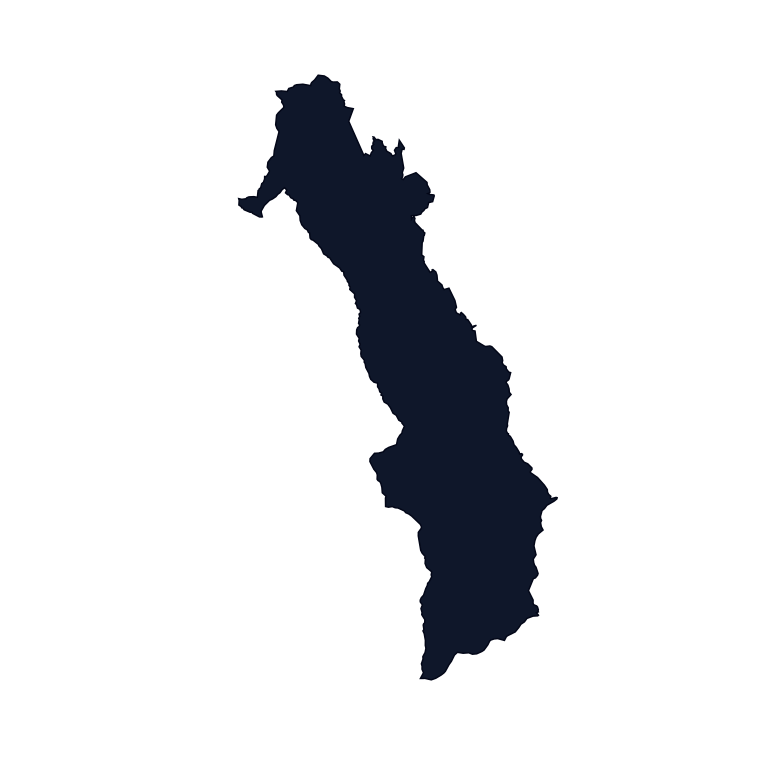 outline of Izvoarele, Prahova, Romania, rotated 217°
{"feature_id": "2599482B60972398280668", "entity_name": "Izvoarele", "entity_type": "district", "adm_level": 2, "iso_a3": "ROU", "parent_name": "Romania", "parent_adm1": "Prahova", "projection": "mercator", "projection_center": [25.925, 45.31], "detail": "fine", "context": "isolated", "style": "filled", "palette": "ink", "viewbox_px": 768, "rotation_deg": 217, "n_neighbors": 0, "source": "geoboundaries", "source_scale": "gbopen_adm2", "svg_char_len": 6171}
<svg xmlns="http://www.w3.org/2000/svg" viewBox="0 0 768 768"><g transform="rotate(217 384 384)"><path d="M622.4,591.0L622.4,585.1L623.2,581.2L622.9,579.6L622.1,578.2L629.2,574.6L633.9,570.4L635.2,568.4L635.1,566.6L637.9,562.7L637.3,559.4L642.3,556.3L646.5,552.6L645.1,552.1L644.4,550.9L643.0,550.1L636.4,549.5L635.3,547.5L632.3,546.4L630.7,545.0L630.5,544.2L631.6,537.1L631.6,534.1L626.5,525.8L623.4,523.7L619.7,522.4L612.1,504.4L609.2,499.8L610.2,497.1L610.2,491.3L607.7,486.9L603.8,485.3L603.3,484.4L602.8,479.9L603.2,478.5L604.2,477.9L602.7,475.8L601.7,472.5L602.2,470.4L600.5,466.3L601.1,465.0L600.7,463.7L601.0,462.8L597.5,456.9L600.7,455.3L604.5,452.1L605.6,450.3L605.8,448.8L608.7,445.9L611.6,444.6L610.2,443.5L607.6,439.6L604.7,439.8L603.8,439.1L602.7,439.6L600.5,439.0L594.3,440.6L592.9,441.8L591.8,441.2L584.0,442.5L581.9,444.0L581.7,444.3L585.6,447.4L586.2,448.5L587.0,454.6L586.0,461.7L584.4,464.7L583.1,468.6L583.0,471.6L582.2,474.2L582.3,478.0L581.5,480.9L578.4,480.4L577.7,477.4L575.0,477.2L573.5,477.8L570.6,476.7L568.0,477.2L566.7,476.6L565.0,477.4L562.0,477.0L558.3,469.7L552.4,467.7L549.4,464.2L545.5,461.7L540.9,460.6L537.9,460.9L535.6,459.6L534.2,459.8L530.9,456.1L529.0,455.6L527.1,456.2L520.5,456.0L519.0,455.1L515.5,454.5L510.5,451.6L506.9,452.0L504.9,451.5L503.4,452.1L496.6,449.7L489.3,450.0L485.6,448.7L483.8,449.4L481.4,446.8L476.0,444.9L475.3,444.1L472.4,443.2L471.2,441.6L469.5,441.2L468.2,438.9L461.7,438.3L459.7,435.5L456.1,434.0L455.2,431.0L453.9,431.0L450.9,428.7L448.2,429.1L446.3,427.7L445.7,426.8L446.0,424.8L444.0,423.3L443.7,421.2L442.5,420.5L440.8,417.1L439.0,416.5L438.4,414.9L439.0,413.2L438.4,410.8L436.0,407.3L431.2,405.5L430.2,403.1L427.0,401.4L426.3,398.7L422.7,397.4L420.7,394.2L418.8,392.3L414.1,391.2L412.9,389.5L411.4,389.0L408.4,386.2L402.4,383.4L400.1,381.3L397.4,379.8L393.1,379.4L389.6,380.8L387.4,377.9L385.2,377.2L382.6,375.2L380.4,375.3L379.8,373.4L377.7,373.7L376.0,371.4L373.0,369.7L368.8,370.2L364.6,368.9L359.2,366.1L355.4,366.4L350.4,364.0L346.8,364.4L346.2,363.6L342.3,362.6L341.2,357.8L340.1,355.4L340.5,352.6L340.0,348.3L337.5,343.1L342.0,336.3L343.6,332.6L343.8,329.3L346.8,325.5L349.9,322.9L350.2,316.0L348.6,313.6L340.7,309.8L336.6,308.8L334.6,307.3L332.2,303.8L330.8,303.3L328.4,303.5L326.7,302.7L323.5,300.2L319.9,296.1L314.8,295.6L314.2,293.8L309.0,287.1L306.3,288.3L303.6,291.1L300.6,291.9L298.2,293.4L291.3,294.9L289.3,294.3L286.1,295.1L282.5,295.2L270.7,293.8L268.7,292.9L267.4,291.4L267.3,286.2L265.2,283.3L254.6,273.3L251.8,271.9L247.0,270.9L246.8,269.5L245.5,269.0L243.2,265.4L239.4,263.1L232.8,262.7L231.5,260.0L229.9,258.8L228.9,253.3L229.2,251.1L228.2,249.3L227.5,245.7L225.3,239.2L225.6,235.9L225.0,233.2L223.9,231.8L220.4,230.7L219.3,226.9L216.1,224.4L215.0,222.5L209.6,220.4L207.8,217.9L208.0,216.3L207.6,215.1L204.4,211.9L204.3,210.3L201.6,208.8L196.7,204.2L193.7,200.1L191.5,198.2L189.6,194.3L188.9,189.7L187.3,187.8L185.7,183.0L183.8,181.6L182.0,179.1L178.7,177.2L177.7,170.8L174.0,173.6L168.2,176.2L165.6,180.1L163.2,186.0L162.3,189.2L162.1,191.5L163.2,199.0L163.3,203.1L164.6,209.9L163.9,213.9L158.8,216.6L154.5,220.4L150.8,221.4L147.6,224.3L144.9,229.2L144.0,231.7L144.1,238.2L144.9,242.2L144.6,243.8L142.7,246.6L140.0,249.1L133.5,251.7L134.2,255.7L133.9,257.2L130.0,265.0L129.8,270.7L130.1,274.5L128.7,278.6L128.8,282.8L125.3,288.3L121.7,291.4L121.5,292.3L124.6,293.1L123.6,294.9L124.3,295.2L124.9,296.6L127.2,298.3L128.5,298.6L131.7,297.8L133.1,298.7L134.9,301.2L144.3,305.9L147.6,318.4L146.4,320.3L146.3,323.7L146.9,325.4L152.4,329.2L154.6,329.8L156.9,331.4L159.4,334.0L159.8,339.1L166.8,344.9L169.2,349.7L170.3,353.2L170.5,357.2L169.1,363.1L172.5,364.7L175.5,367.5L176.1,369.9L178.0,370.9L179.4,372.5L181.6,378.0L180.9,381.1L180.9,385.2L177.6,393.0L176.8,396.2L177.3,397.4L178.3,397.0L181.7,392.7L182.5,393.0L183.2,394.7L186.0,394.9L188.3,396.0L190.1,398.0L195.0,399.7L205.0,401.7L213.9,401.4L214.4,402.0L214.5,405.0L215.4,406.0L221.2,406.8L225.0,405.9L229.0,406.8L230.6,408.2L230.6,410.5L231.1,411.2L232.2,411.2L233.7,409.7L234.8,410.8L240.2,413.0L243.6,413.7L246.6,416.1L251.7,418.2L253.7,418.0L254.7,419.2L255.6,418.9L258.0,420.1L259.4,422.3L260.1,424.9L261.6,426.5L267.0,436.7L268.8,437.3L270.5,439.8L273.6,441.2L275.8,443.8L276.7,446.2L276.2,452.1L278.9,452.8L281.2,455.4L284.4,457.7L287.5,458.7L287.7,459.9L287.0,462.3L287.2,463.4L289.7,469.3L291.5,468.6L295.4,469.7L296.9,471.3L300.3,471.1L302.6,472.3L303.3,474.1L306.0,476.6L320.4,478.7L322.3,478.1L325.4,475.1L326.7,474.7L335.9,473.7L343.2,481.1L345.5,480.0L346.6,480.5L347.2,481.9L345.5,486.5L348.5,482.6L349.9,483.7L355.9,485.8L357.3,485.0L359.2,486.7L362.5,487.4L365.3,487.6L365.5,486.7L364.7,485.0L369.0,484.4L372.0,486.3L372.3,488.9L377.7,493.4L389.8,499.6L392.8,495.6L395.0,496.3L397.4,498.0L403.2,498.4L407.2,502.8L410.1,504.7L413.8,504.8L414.2,504.0L413.2,503.5L414.3,500.9L424.8,504.8L425.8,506.2L426.9,506.4L428.7,509.7L431.6,509.8L438.6,519.9L438.8,521.6L441.4,526.2L441.3,527.0L442.3,529.2L443.8,529.2L445.5,530.3L446.3,529.9L457.2,531.7L457.0,532.1L458.4,533.3L458.8,534.7L460.3,535.6L460.9,535.4L460.5,535.1L461.2,534.4L461.2,532.1L463.5,534.9L459.8,537.9L456.9,541.8L457.2,544.0L456.6,546.7L456.8,548.5L455.5,551.1L457.5,555.8L454.9,558.9L457.1,564.5L457.9,565.0L461.5,562.9L463.6,562.5L462.8,563.6L462.7,564.8L464.4,566.7L469.3,569.0L471.0,570.9L485.6,572.0L491.6,562.3L491.7,558.8L493.6,558.6L493.8,560.5L494.8,562.4L496.6,563.8L498.2,568.3L509.1,578.5L510.8,582.5L509.2,583.4L509.8,584.8L518.5,587.9L515.8,582.9L514.7,581.9L516.5,580.1L516.3,577.0L513.0,574.9L513.1,573.4L514.6,571.1L517.2,572.2L521.9,571.6L524.6,573.1L525.2,574.5L527.6,573.7L530.5,575.5L531.5,576.7L535.9,575.8L537.6,574.3L540.5,575.2L541.3,574.8L540.5,574.4L540.6,573.7L539.4,572.7L537.8,572.1L538.2,570.7L537.4,569.2L536.4,569.1L536.9,566.9L536.6,566.0L535.3,564.5L533.2,564.2L533.3,561.1L532.3,557.8L537.4,556.9L537.6,554.4L570.3,572.6L574.2,585.4L579.6,582.7L583.0,581.9L584.1,584.0L586.0,585.4L586.2,586.6L587.4,586.4L590.9,588.0L592.0,589.5L594.7,589.9L595.3,591.6L597.3,592.8L599.7,596.8L603.0,597.2L606.5,594.4L608.3,593.8L612.8,594.5L617.0,594.1L622.4,591.0Z" fill="#0f172a" stroke="#020617" stroke-width="1.5"/></g></svg>